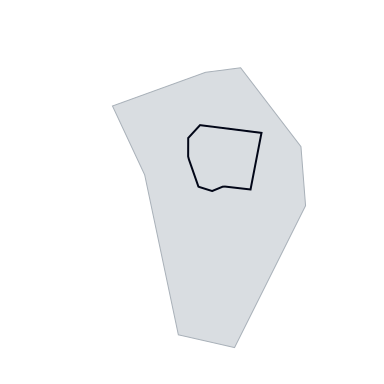 Saint George on a map of Barbados (Mercator projection), rotated 208°
{"feature_id": "BRB-1991", "entity_name": "Saint George", "entity_type": "Parish", "adm_level": 1, "iso_a3": "BRB", "parent_name": "Barbados", "parent_adm1": "", "projection": "mercator", "projection_center": [-59.543, 13.145], "detail": "fine", "context": "in_parent", "style": "outline", "palette": "ink", "viewbox_px": 384, "rotation_deg": 208, "n_neighbors": 0, "source": "natural_earth", "source_scale": "10m", "svg_char_len": 476}
<svg xmlns="http://www.w3.org/2000/svg" viewBox="0 0 384 384"><g transform="rotate(208 192 192)"><path d="M236.3,304.0L207.4,324.5L117.1,283.2L85.3,233.2L81.4,74.6L137.0,59.5L241.8,184.9L302.6,230.6L236.3,304.0Z" fill="#d9dde1" stroke="#a8b0b8" stroke-width="1"/><path d="M188.9,199.8L210.1,219.4L212.1,221.6L220.7,237.9L216.3,254.8L158.4,276.8L141.5,221.7L165.4,212.3L167.4,211.1L174.7,202.3L188.2,199.8L188.9,199.8Z" fill="none" stroke="#020617" stroke-width="2"/></g></svg>